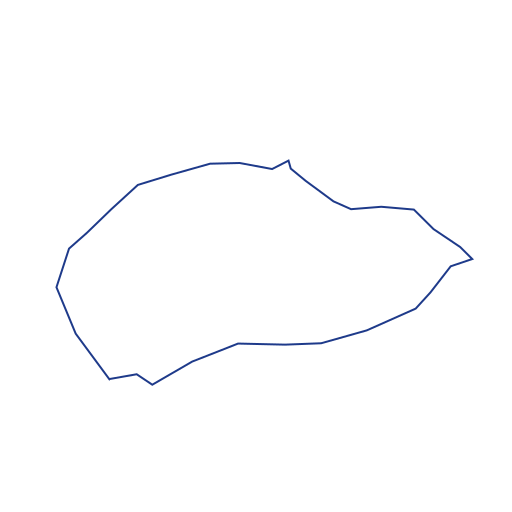 the district of Kungsör, Västmanland, Sweden, rotated 156°
{"feature_id": "70781695B35489604221157", "entity_name": "Kungsör", "entity_type": "district", "adm_level": 2, "iso_a3": "SWE", "parent_name": "Sweden", "parent_adm1": "Västmanland", "projection": "orthographic", "projection_center": [16.093, 59.436], "detail": "fine", "context": "isolated", "style": "outline", "palette": "blue", "viewbox_px": 512, "rotation_deg": 156, "n_neighbors": 0, "source": "geoboundaries", "source_scale": "gbopen_adm2", "svg_char_len": 557}
<svg xmlns="http://www.w3.org/2000/svg" viewBox="0 0 512 512"><g transform="rotate(156 256 256)"><path d="M440.1,203.1L439.9,203.2L413.1,196.5L403.1,180.6L357.2,185.5L308.0,183.3L265.5,163.2L232.0,149.8L185.1,143.0L131.5,143.0L111.4,151.8L82.3,167.4L59.7,165.3L65.8,181.1L82.9,208.4L92.9,234.2L121.5,250.0L150.1,260.1L163.0,274.4L180.1,304.5L188.7,321.7L187.5,329.9L205.9,328.9L233.1,347.6L260.4,359.0L300.5,364.8L335.0,369.0L369.4,357.5L400.9,346.0L423.8,338.8L451.0,308.6L452.3,258.4L440.1,203.1Z" fill="none" stroke="#1e3a8a" stroke-width="2"/></g></svg>